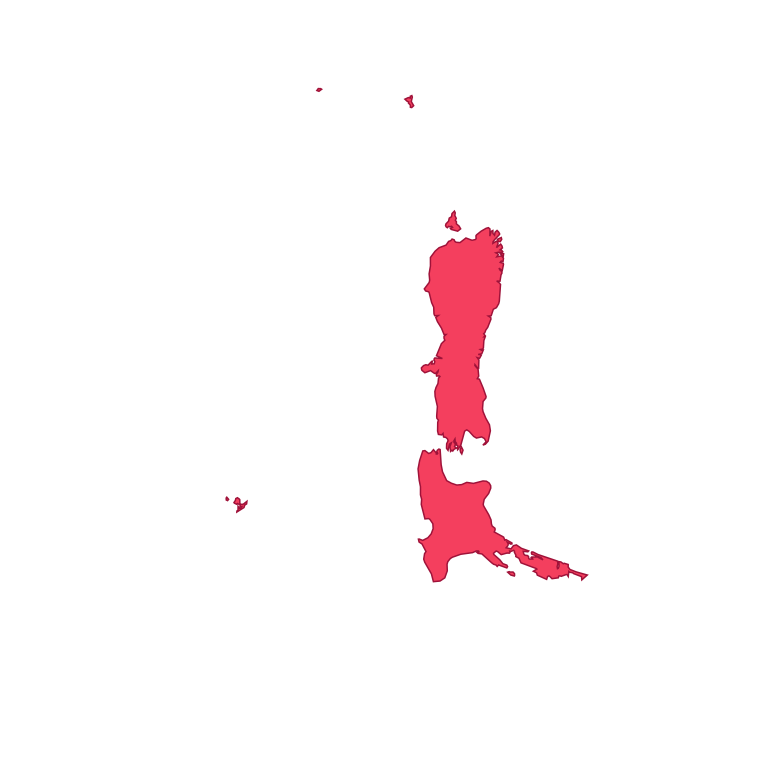 an SVG outline of New Zealand, rotated 143°
{"feature_id": "NZL", "entity_name": "New Zealand", "entity_type": "country or territory", "adm_level": 0, "iso_a3": "NZL", "parent_name": "Oceania", "parent_adm1": "", "projection": "mercator", "projection_center": [173.207, -30.558], "detail": "fine", "context": "isolated", "style": "filled", "palette": "rose", "viewbox_px": 768, "rotation_deg": 143, "n_neighbors": 0, "source": "natural_earth", "source_scale": "50m", "svg_char_len": 6181}
<svg xmlns="http://www.w3.org/2000/svg" viewBox="0 0 768 768"><g transform="rotate(143 384 384)"><path d="M345.5,297.6L348.0,297.8L359.1,289.2L363.6,287.4L364.8,287.2L363.7,289.1L362.4,289.8L362.2,290.5L362.9,291.6L361.7,293.1L361.8,295.1L360.4,297.4L362.5,296.5L363.3,295.0L362.9,294.1L363.8,292.4L365.3,291.6L364.8,289.3L367.4,289.7L369.4,289.1L369.6,290.2L371.4,290.1L369.1,294.2L365.6,296.5L367.8,296.7L372.8,292.5L372.8,295.0L369.9,298.6L367.0,300.1L366.3,302.0L366.8,304.2L368.3,305.8L366.6,309.0L368.5,308.6L370.9,311.0L369.5,314.2L364.2,321.0L362.3,322.4L362.4,324.8L361.3,326.6L354.9,333.9L350.6,343.4L347.8,347.5L344.6,349.9L340.6,351.9L336.9,355.9L334.8,356.3L334.9,357.1L337.2,358.7L336.5,360.1L333.5,361.2L332.7,362.0L336.3,361.4L337.3,362.1L338.8,366.7L344.6,368.4L345.5,372.1L345.0,373.5L344.4,374.4L341.3,374.9L339.0,374.2L337.5,372.5L332.2,373.4L331.6,373.1L333.9,371.3L331.7,369.9L329.8,371.5L329.6,373.0L328.8,373.9L327.7,374.2L322.0,369.2L325.1,375.0L313.8,381.7L309.1,382.3L308.5,384.5L307.4,385.9L304.7,386.2L306.3,387.3L304.5,394.0L303.8,401.6L302.6,406.0L299.4,406.0L302.4,408.0L301.9,409.9L298.1,415.4L297.0,420.3L292.9,429.9L292.9,430.8L294.8,433.3L294.6,435.7L286.8,437.9L285.0,439.5L281.7,444.8L275.9,450.3L270.8,457.1L263.3,459.3L258.0,459.7L250.8,457.6L246.6,459.0L244.3,458.3L242.4,458.8L241.2,457.0L241.6,455.2L241.1,453.8L238.2,451.2L230.7,451.3L227.2,445.8L224.1,444.4L223.0,444.6L221.4,447.0L220.4,447.4L214.5,447.6L208.7,446.9L206.5,446.0L206.1,444.0L210.5,438.4L206.5,441.4L204.7,441.1L206.4,438.6L206.2,436.3L203.9,438.4L201.3,438.6L201.0,436.7L201.2,434.5L201.7,433.9L208.8,432.7L211.3,432.0L212.4,430.8L208.2,430.4L207.9,428.7L208.5,427.4L212.1,425.2L206.6,425.5L206.7,423.2L207.5,421.4L210.6,421.3L209.6,420.1L209.5,418.3L210.4,418.2L213.5,420.5L215.7,421.4L214.8,419.6L214.9,418.5L217.4,417.7L213.1,415.6L212.9,412.5L215.1,410.3L216.4,411.6L218.0,411.2L216.1,408.6L216.6,407.6L221.3,403.4L222.5,407.4L222.8,404.8L222.3,403.7L222.9,401.7L224.9,400.7L229.5,396.3L232.1,398.4L231.2,396.2L231.0,393.4L242.1,380.7L244.1,379.1L248.3,377.3L251.7,377.9L257.3,374.0L259.8,375.5L258.8,372.7L259.6,371.4L267.1,366.8L270.3,365.8L272.6,364.3L274.1,364.2L274.1,361.9L275.7,361.5L274.6,360.9L278.1,358.6L282.9,353.0L284.2,352.5L286.3,353.6L285.8,352.2L284.3,351.4L287.7,349.3L291.0,350.9L289.3,349.4L289.1,348.4L292.2,347.0L293.7,349.0L293.8,346.0L298.8,339.8L299.7,341.1L299.7,344.7L300.3,344.1L300.0,339.1L303.6,333.3L306.3,332.1L304.9,330.4L307.3,321.0L310.0,312.6L311.1,311.5L315.4,310.4L320.1,305.1L321.5,302.4L323.3,295.4L324.3,288.0L327.2,282.6L335.2,275.7L339.3,274.9L341.8,275.7L337.2,276.4L336.6,280.0L337.9,283.0L342.7,285.2L343.9,288.2L344.5,294.9L345.5,297.6ZM348.9,121.8L349.2,123.1L352.7,119.4L352.5,121.7L353.3,122.2L358.1,123.7L359.1,125.0L360.1,125.4L361.4,124.3L367.0,127.4L367.4,130.6L367.9,131.6L369.2,131.8L371.7,130.1L376.6,139.1L375.8,141.4L377.4,144.6L373.3,144.2L373.4,144.9L382.2,158.7L381.1,163.6L382.6,166.9L381.7,167.9L381.1,171.3L380.4,171.9L380.5,173.1L383.3,173.9L384.2,174.9L384.7,173.7L385.5,173.4L387.6,175.0L393.1,177.2L394.1,181.7L394.9,183.1L398.4,182.9L398.9,181.8L397.3,173.8L397.2,169.0L394.9,165.4L395.2,163.8L396.6,163.2L401.4,170.5L403.4,170.2L403.5,172.1L404.9,174.0L405.6,176.3L408.1,189.4L410.8,192.1L411.1,193.5L409.5,192.8L409.0,193.2L409.1,193.9L410.7,195.1L414.7,196.0L425.1,201.8L433.6,204.5L436.1,204.7L440.0,203.7L442.2,202.0L445.9,196.7L452.1,192.6L457.8,192.9L463.5,196.4L460.4,203.8L458.7,217.2L457.7,220.2L453.7,224.1L451.3,224.9L449.9,233.3L451.1,236.7L449.9,239.4L449.2,239.0L447.2,235.8L441.5,234.8L436.5,235.9L431.8,238.9L429.1,243.0L428.8,248.3L429.4,249.7L432.5,251.6L426.7,265.4L423.3,269.3L421.6,273.5L416.7,280.0L413.8,286.0L407.9,295.7L401.5,301.5L393.3,307.2L391.4,306.2L390.1,301.6L387.7,300.9L384.0,301.8L383.8,297.6L384.4,296.6L383.6,296.0L382.9,296.2L382.6,297.1L383.1,297.9L381.3,299.0L379.3,299.0L378.6,297.9L386.9,285.2L390.1,278.7L392.1,269.1L389.9,264.2L386.7,259.5L382.5,256.9L377.1,255.6L372.4,250.8L363.3,247.0L360.7,244.7L359.6,241.6L360.0,238.6L361.4,236.6L366.3,233.6L373.4,231.6L377.1,228.3L377.8,226.7L379.0,216.7L380.3,211.1L382.4,207.6L383.1,205.5L382.2,202.0L383.0,200.7L385.0,199.5L380.6,189.7L381.5,186.7L380.2,186.3L377.5,180.1L378.0,179.3L379.1,179.8L380.8,183.3L381.0,181.5L382.3,180.4L385.0,179.7L381.8,175.9L377.9,177.0L375.1,175.8L373.1,170.0L368.9,163.6L370.1,163.4L373.5,166.6L374.7,164.1L374.5,162.5L372.5,160.5L372.5,159.0L373.4,157.7L373.3,156.8L370.6,154.7L370.3,155.6L370.8,156.9L370.3,157.0L365.6,153.6L362.9,147.9L363.0,150.8L368.4,159.2L367.9,160.5L366.9,160.9L366.0,160.0L363.6,155.1L352.0,138.1L353.4,135.8L355.7,133.9L356.6,132.1L355.7,131.9L353.8,133.2L351.2,136.9L349.8,135.4L349.0,132.6L348.0,132.4L345.5,129.0L347.1,126.9L347.1,124.0L343.6,118.3L336.6,109.1L343.9,108.5L342.2,111.3L346.7,118.5L346.9,119.7L348.9,121.8ZM237.3,467.0L237.3,468.3L235.0,467.8L235.1,469.3L236.9,470.0L237.5,471.0L239.4,470.7L239.8,472.3L239.4,473.6L238.1,474.6L234.4,475.2L232.1,477.2L229.4,477.0L227.1,479.2L223.7,479.7L224.1,477.8L226.0,476.0L226.6,472.8L228.5,471.8L228.5,470.0L229.8,468.4L229.0,465.0L229.4,461.8L233.2,461.7L237.3,467.0ZM578.6,370.3L577.9,371.1L576.5,371.1L574.2,374.1L574.3,371.8L573.6,370.9L571.3,371.7L572.9,372.6L571.6,373.9L573.0,376.8L574.1,376.7L575.2,378.9L575.2,379.6L572.7,380.5L571.3,381.7L569.5,381.4L568.8,379.3L568.8,378.4L571.1,375.2L570.4,373.7L568.7,372.7L564.1,372.8L565.9,370.9L568.0,371.1L570.2,369.6L578.6,370.3ZM195.4,596.0L195.9,598.9L192.2,598.1L190.9,596.6L189.9,598.0L188.2,597.6L188.7,596.1L192.2,593.2L192.8,588.4L195.5,588.1L196.4,589.1L195.1,590.9L195.4,593.7L194.5,594.4L195.4,596.0ZM397.7,155.1L398.5,159.3L396.9,158.8L396.2,157.7L394.1,156.2L393.9,154.0L395.0,152.4L395.5,152.2L397.7,155.1ZM362.9,285.6L360.0,287.3L360.7,283.6L364.0,281.3L363.9,283.4L362.9,285.6ZM206.8,429.0L206.4,431.3L202.2,430.4L202.9,428.7L205.5,427.7L206.8,429.0ZM259.8,656.9L261.0,658.8L258.7,659.5L256.8,658.0L256.4,656.9L259.8,656.9ZM211.9,414.2L212.8,418.0L210.8,417.2L210.0,416.1L211.9,414.2ZM578.7,387.9L577.7,388.2L577.5,385.4L579.1,385.0L579.8,386.3L578.7,387.9Z" fill="#f43f5e" stroke="#9f1239" stroke-width="1.5"/></g></svg>